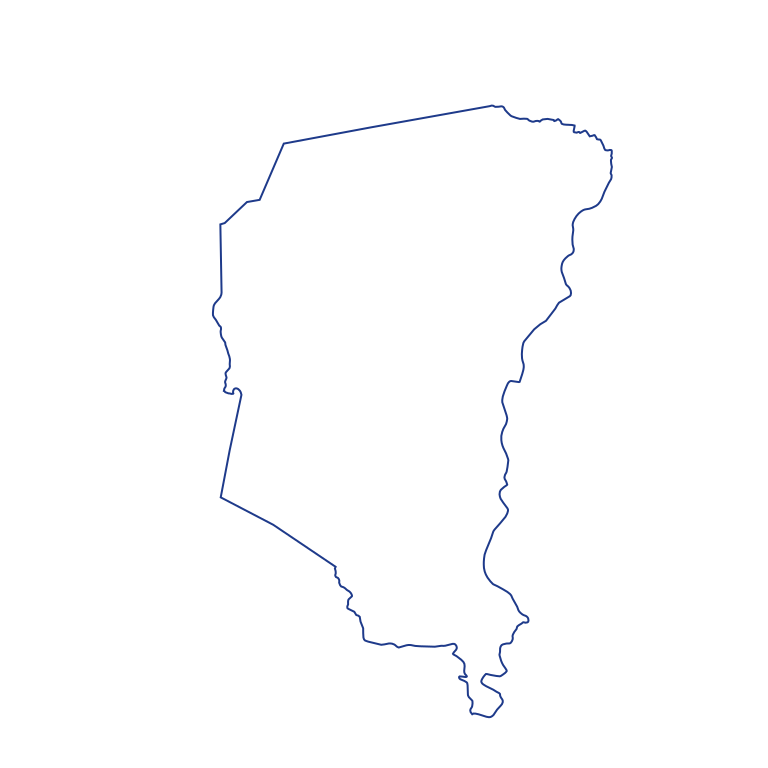 the district of Talgua, Lempira, Honduras, rotated 104°
{"feature_id": "27666195B88507723108763", "entity_name": "Talgua", "entity_type": "district", "adm_level": 2, "iso_a3": "HND", "parent_name": "Honduras", "parent_adm1": "Lempira", "projection": "robinson", "projection_center": [-88.718, 14.682], "detail": "fine", "context": "isolated", "style": "outline", "palette": "blue", "viewbox_px": 768, "rotation_deg": 104, "n_neighbors": 0, "source": "geoboundaries", "source_scale": "gbopen_adm2", "svg_char_len": 6093}
<svg xmlns="http://www.w3.org/2000/svg" viewBox="0 0 768 768"><g transform="rotate(104 384 384)"><path d="M144.1,216.6L134.4,214.5L130.3,213.2L128.5,213.2L126.3,213.7L124.9,214.9L124.3,215.1L118.3,215.4L115.4,216.8L112.5,217.8L111.3,218.0L110.2,217.6L109.6,217.5L109.0,217.7L108.3,218.5L107.7,218.8L105.2,218.8L102.7,219.4L102.1,219.9L102.1,220.6L102.3,221.6L103.0,222.8L103.3,223.8L103.5,225.4L103.4,226.0L102.2,227.2L99.6,228.8L95.0,232.7L94.6,233.6L94.9,235.2L94.9,236.6L93.3,237.9L91.6,239.8L91.7,240.4L92.7,241.8L93.9,244.3L90.3,248.3L89.7,249.3L89.5,250.1L89.9,250.9L92.9,254.3L92.9,254.7L92.4,255.2L92.3,255.8L92.5,256.4L93.5,257.9L93.7,260.4L93.4,260.9L92.5,261.2L87.7,261.4L87.1,261.6L87.2,264.3L88.4,270.3L88.7,272.5L88.6,273.7L88.5,274.4L88.2,274.8L86.9,275.6L86.1,276.4L85.4,277.8L84.9,279.0L85.2,279.6L86.5,280.6L87.6,282.1L87.5,282.7L86.9,283.0L86.8,283.3L87.2,289.4L88.9,294.0L90.4,295.5L91.5,296.1L91.8,296.5L91.8,296.8L91.4,297.4L91.6,298.9L92.1,300.4L93.3,302.3L93.6,303.8L93.3,306.5L92.9,307.6L92.2,308.7L92.1,309.3L92.7,312.4L93.9,316.2L93.8,320.1L93.3,325.1L92.8,326.4L90.7,330.0L88.8,332.8L86.8,334.5L86.3,335.4L86.1,336.3L86.2,337.4L87.2,339.8L88.1,342.8L88.1,343.5L87.6,345.4L87.8,346.9L88.9,348.8L138.3,459.1L175.0,539.4L235.4,549.2L240.6,561.0L266.4,577.5L268.7,581.4L334.7,563.7L336.7,563.5L339.4,563.9L341.3,564.7L346.6,567.5L348.8,568.1L350.3,568.1L353.4,567.7L356.3,567.2L358.6,566.6L360.3,565.3L362.5,562.6L367.2,558.0L367.8,556.7L368.4,556.0L370.1,555.4L372.2,555.3L373.3,555.0L375.2,554.3L377.1,553.4L378.2,552.6L382.1,548.2L384.4,547.3L389.2,544.1L392.1,542.5L394.6,540.8L397.0,539.6L398.2,539.2L402.1,538.5L404.1,537.8L405.7,537.7L406.4,537.9L410.6,540.1L411.8,540.4L413.4,539.8L415.7,538.4L416.7,538.3L419.2,538.7L420.4,538.7L421.2,538.4L422.4,537.6L424.0,537.1L424.9,537.1L427.0,537.8L429.5,537.7L429.6,536.9L430.3,536.1L430.4,535.6L430.7,532.7L430.5,531.4L430.5,529.5L430.0,528.1L429.6,527.9L428.8,528.4L427.2,528.7L425.6,528.4L424.9,528.0L424.4,527.4L424.1,526.8L423.9,525.8L424.2,524.2L425.4,522.2L426.7,521.0L429.0,519.7L485.6,517.7L533.5,515.0L547.4,457.4L573.1,386.7L574.9,387.0L577.2,385.7L578.4,385.3L579.6,385.0L581.0,385.1L581.8,384.9L582.9,383.9L583.3,381.8L584.4,380.5L585.6,379.8L587.7,379.4L589.8,377.9L590.8,376.6L591.0,374.1L591.6,372.4L592.8,370.2L593.7,367.4L594.7,365.8L595.9,364.6L597.0,363.9L597.8,363.8L601.3,366.1L602.3,366.4L604.0,366.2L606.6,365.5L608.6,365.8L610.1,365.4L610.5,365.0L610.8,364.2L612.2,357.7L614.8,355.1L614.9,354.5L615.0,352.8L615.8,351.2L620.2,349.3L626.1,345.1L630.8,343.9L635.0,342.6L636.6,341.6L637.4,340.5L637.6,339.3L637.8,337.0L637.7,323.6L636.5,320.5L634.6,316.5L634.2,315.0L634.0,313.3L634.3,310.9L634.7,309.9L635.7,308.0L636.0,306.8L636.1,305.9L632.1,299.0L631.3,297.1L630.8,294.8L630.6,290.4L629.7,285.3L626.6,271.1L624.2,265.2L623.6,262.6L623.1,261.2L619.6,254.7L619.2,253.1L619.4,252.0L620.0,251.1L620.8,250.3L621.9,249.7L622.8,249.5L624.3,249.7L627.6,251.4L629.1,251.8L629.6,251.2L630.5,247.8L632.9,242.3L634.5,239.7L636.1,238.3L638.3,237.5L642.9,236.8L644.4,236.3L645.7,235.4L646.9,233.6L647.5,233.0L647.8,232.9L648.3,233.3L648.6,234.1L649.0,237.5L649.4,239.8L649.9,240.2L650.8,240.1L651.5,239.5L652.0,238.6L652.7,234.1L653.5,231.6L654.1,230.9L656.1,230.0L664.9,227.5L665.9,227.1L667.3,225.9L669.6,222.2L670.2,221.5L672.6,220.8L675.3,220.5L676.3,220.6L678.7,221.4L680.0,221.3L681.5,220.5L683.1,218.5L682.1,217.4L681.7,215.6L681.6,212.3L682.1,204.1L681.9,201.5L681.3,200.0L680.1,198.7L678.7,197.7L672.6,195.5L668.0,193.0L666.1,192.1L664.0,191.8L662.5,192.2L661.5,192.9L660.1,194.5L659.1,195.4L658.3,195.9L656.9,196.4L656.5,196.7L656.0,197.8L655.4,200.4L654.2,204.0L652.5,211.8L651.5,214.9L650.8,216.3L649.9,217.2L649.2,217.6L648.0,217.7L646.4,217.4L644.2,216.7L642.0,215.7L640.7,214.9L640.5,213.7L640.5,210.1L640.1,204.3L639.6,200.9L639.1,200.1L637.6,198.7L635.2,196.7L633.7,195.8L632.8,195.5L632.1,195.8L630.6,197.3L627.9,200.4L626.1,202.0L624.2,203.4L619.6,206.1L618.6,206.5L615.9,206.6L612.3,207.4L610.5,207.3L608.9,206.7L607.8,205.5L606.2,202.4L605.4,199.6L605.0,198.9L604.4,198.4L602.7,197.7L600.7,197.4L599.3,197.6L597.5,198.3L596.0,198.3L593.1,197.6L589.6,196.1L587.6,196.1L587.0,196.0L585.5,194.9L583.1,192.5L581.6,191.4L581.4,190.8L581.4,189.0L580.6,187.2L579.8,186.6L578.5,186.6L576.6,187.4L575.9,188.0L575.2,189.0L574.7,190.3L574.5,192.3L574.1,194.0L573.0,196.3L572.0,197.8L570.9,198.9L567.9,200.9L561.1,207.3L558.4,209.4L557.3,210.9L555.9,214.0L554.4,218.9L552.8,224.9L551.9,229.5L551.5,230.3L549.7,233.1L546.8,236.7L544.2,239.1L541.6,240.9L538.3,242.5L535.1,243.5L532.6,244.1L529.2,244.7L525.2,245.1L520.5,244.7L507.6,242.8L501.0,242.3L499.7,242.0L498.1,241.3L491.2,237.7L483.5,234.0L479.8,233.1L477.1,233.0L475.9,233.3L474.8,234.1L470.3,239.6L467.1,243.1L465.2,244.3L463.1,245.2L460.4,245.5L458.4,245.0L454.8,242.5L452.6,240.5L451.9,240.1L450.5,240.9L449.0,241.9L446.9,243.9L445.4,244.6L442.8,244.6L440.3,243.9L439.3,243.8L434.7,244.1L428.0,244.9L426.7,245.5L421.9,248.7L417.3,252.6L415.2,254.1L412.7,255.5L410.0,256.6L406.0,257.6L401.9,257.7L398.5,257.3L393.4,255.9L390.8,255.8L388.0,256.0L386.7,256.5L384.7,257.5L373.1,264.8L370.9,265.4L367.4,265.7L362.0,265.3L355.9,264.4L353.3,263.9L351.5,263.0L350.7,262.2L350.3,261.3L349.5,253.5L349.1,252.9L341.0,252.3L336.6,252.2L334.3,252.4L332.9,252.7L331.1,253.3L327.6,255.4L325.6,256.3L321.6,257.5L317.6,258.2L314.3,258.6L310.5,258.7L308.7,258.3L294.6,251.5L288.2,246.8L283.5,242.1L269.4,236.0L265.7,235.0L262.8,233.9L253.9,225.0L252.8,224.4L250.6,224.5L248.3,225.4L247.0,226.4L245.7,227.6L244.8,228.9L243.9,230.7L243.0,231.7L237.7,234.9L232.3,238.6L230.5,239.4L228.8,239.9L226.6,240.2L224.2,240.3L222.4,240.1L220.4,239.5L218.2,238.4L215.4,236.5L214.4,235.6L213.0,233.8L211.9,233.0L210.7,232.4L209.2,232.2L207.1,232.5L203.1,234.7L198.3,236.2L195.4,236.8L189.2,237.5L187.7,237.9L184.2,239.4L182.7,239.6L180.9,239.6L177.8,239.0L174.5,237.9L171.5,236.4L169.0,234.6L167.4,233.1L166.3,231.7L165.7,230.5L164.3,227.2L162.7,224.7L159.8,221.3L157.7,219.7L154.6,218.3L151.6,217.5L144.1,216.6Z" fill="none" stroke="#1e3a8a" stroke-width="2"/></g></svg>